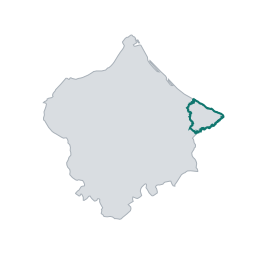 San Pedro, Bas-Sassandra, Ivory Coast shown in context, rotated 231°
{"feature_id": "98640826B43081365176028", "entity_name": "San Pedro", "entity_type": "district", "adm_level": 2, "iso_a3": "CIV", "parent_name": "Ivory Coast", "parent_adm1": "Bas-Sassandra", "projection": "mercator", "projection_center": [-6.916, 5.016], "detail": "fine", "context": "in_parent", "style": "outline", "palette": "teal", "viewbox_px": 256, "rotation_deg": 231, "n_neighbors": 0, "source": "geoboundaries", "source_scale": "gbopen_adm2", "svg_char_len": 7983}
<svg xmlns="http://www.w3.org/2000/svg" viewBox="0 0 256 256"><g transform="rotate(231 128 128)"><path d="M65.9,60.6L66.7,60.5L68.6,60.0L70.4,58.6L72.1,55.9L74.3,53.7L76.8,53.9L77.6,53.5L78.5,53.4L79.5,54.8L80.6,55.9L81.3,56.0L81.9,58.1L86.5,58.9L88.5,59.5L90.1,61.0L90.7,61.1L91.4,60.7L92.0,60.2L92.1,59.6L91.4,58.3L91.7,57.0L92.4,55.9L93.6,55.8L95.4,55.5L97.4,55.5L99.0,55.7L99.6,54.6L99.0,51.5L99.2,49.8L99.4,48.3L100.0,47.8L102.3,49.6L104.3,50.2L105.8,50.3L106.3,49.9L105.6,48.0L105.8,47.4L106.3,47.0L107.3,46.8L110.0,46.0L110.3,46.2L110.8,49.3L110.5,50.3L111.1,52.4L111.8,54.4L111.7,55.2L111.2,56.4L110.5,57.5L110.6,58.0L111.6,58.8L113.7,59.5L115.8,59.7L116.9,58.6L118.2,57.6L119.0,56.8L119.3,55.6L120.6,54.7L124.4,53.6L128.0,53.4L128.8,53.7L130.4,55.5L132.4,56.6L135.5,56.5L137.7,57.2L139.6,58.5L140.9,61.5L142.3,63.6L142.9,66.6L145.1,68.2L146.9,68.9L149.2,71.1L151.7,72.2L154.2,71.9L155.4,73.1L157.3,73.9L159.2,73.9L160.8,71.4L163.0,70.4L168.6,68.4L170.8,67.5L173.0,66.9L178.3,66.7L183.3,67.4L185.7,67.8L187.4,67.5L189.0,68.7L190.7,71.2L192.0,72.0L193.4,72.9L194.5,74.8L195.7,76.8L196.3,77.7L197.8,79.6L199.1,79.7L200.3,78.8L200.9,78.2L201.1,79.5L200.6,81.6L200.7,82.8L201.4,83.3L201.1,85.0L199.6,87.8L199.6,89.5L201.0,90.0L202.1,91.7L202.7,94.8L203.3,95.8L203.4,96.4L204.4,103.7L205.7,111.0L204.9,112.0L203.8,112.3L203.0,112.6L202.8,113.3L203.3,114.3L203.0,115.2L201.6,115.8L198.5,118.2L198.3,119.1L197.5,121.1L196.8,122.3L195.8,124.5L194.2,130.4L193.6,135.3L193.5,136.9L192.9,137.9L192.2,139.4L188.8,143.6L187.1,147.1L187.3,148.6L187.4,150.1L186.9,151.1L187.0,154.0L187.4,156.5L188.0,158.9L190.4,165.6L191.7,169.7L192.5,173.0L193.2,175.2L193.8,176.1L194.1,176.9L197.7,177.5L198.4,178.0L199.4,182.3L199.2,184.3L198.5,185.0L198.5,186.6L198.4,188.7L197.8,189.5L195.8,189.6L194.5,190.4L192.6,190.1L192.5,189.5L191.5,189.4L188.8,188.2L189.3,184.5L188.0,184.3L187.1,184.8L185.2,189.3L184.3,190.1L170.9,187.7L168.0,185.9L164.6,185.5L158.5,185.7L153.5,186.2L152.1,187.4L164.7,186.7L166.1,186.8L166.7,187.5L150.8,189.0L144.7,189.9L142.9,189.6L141.5,188.2L134.9,188.0L133.6,188.5L132.8,189.5L135.4,189.3L139.5,189.2L140.6,190.1L127.7,191.1L118.8,193.1L115.1,194.6L102.7,199.5L95.1,201.8L93.1,202.7L89.7,205.0L85.3,206.5L80.3,209.4L77.3,210.0L76.6,209.1L76.5,204.3L76.1,198.0L76.2,195.5L76.6,193.2L76.6,191.3L78.2,190.6L78.6,189.8L78.8,187.3L80.2,185.1L80.2,181.2L80.6,180.3L81.0,179.3L80.3,176.7L79.6,171.9L79.2,171.5L78.8,171.7L78.0,171.8L74.9,170.1L72.5,169.9L70.8,168.4L70.7,166.8L69.9,165.8L69.3,163.9L68.5,161.8L66.1,160.4L63.9,160.1L62.3,160.4L60.5,160.3L58.3,159.6L56.9,158.8L55.5,157.2L54.2,155.9L53.2,156.1L51.9,155.8L50.7,155.2L50.3,154.8L55.4,149.7L57.2,147.2L57.4,145.7L57.4,144.2L57.9,142.6L58.1,140.2L55.2,131.5L54.5,128.8L53.7,128.1L53.3,127.8L54.7,126.7L56.7,126.9L59.7,127.8L60.4,127.0L62.7,122.6L62.7,120.9L62.4,119.8L63.8,116.8L64.8,115.6L65.4,114.4L65.2,112.7L64.4,112.0L63.3,112.2L62.1,111.7L60.1,110.7L59.1,109.9L59.4,105.9L59.6,104.7L60.3,104.0L61.4,103.8L64.4,103.6L66.8,104.1L69.0,104.4L70.2,104.4L71.1,105.5L72.3,106.7L73.4,106.7L73.8,105.8L73.5,101.9L72.8,99.8L71.2,97.8L66.9,96.1L66.8,93.7L67.2,91.1L68.2,90.2L71.3,88.5L70.8,87.7L69.7,86.7L67.7,85.8L68.2,82.7L68.3,79.9L66.6,80.2L64.9,80.4L63.4,79.5L62.2,77.8L61.9,73.2L61.9,67.8L61.7,65.5L62.2,64.2L63.7,63.0L65.3,61.5L65.9,60.6ZM190.9,190.1L190.2,191.1L186.9,190.5L187.7,189.6L190.9,190.1Z" fill="#d9dde1" stroke="#a8b0b8" stroke-width="1"/><path d="M81.4,177.5L81.5,177.7L81.4,177.8L81.3,178.1L81.3,178.3L81.5,178.5L81.0,178.4L80.9,178.5L81.0,179.1L80.8,179.3L80.9,179.5L81.1,179.6L81.3,179.8L81.3,180.0L81.1,180.0L80.9,179.9L80.7,180.0L81.1,180.3L80.7,180.5L80.7,180.8L80.6,181.0L80.3,181.1L80.2,181.3L80.2,181.7L80.4,182.0L80.3,182.4L80.2,182.3L79.9,182.2L80.0,182.1L79.9,182.0L79.6,182.2L79.5,182.4L79.6,182.5L79.9,182.8L80.1,183.0L80.1,183.5L80.8,184.1L81.2,184.0L81.1,183.7L81.4,183.6L81.3,184.0L81.2,184.6L81.4,184.8L81.5,184.9L81.5,185.1L81.4,185.2L81.2,185.3L80.9,185.4L80.9,185.6L81.1,185.9L81.0,186.0L80.7,186.1L80.7,186.5L80.3,186.7L80.2,186.7L80.4,186.6L80.5,186.4L80.4,186.3L80.2,186.3L80.2,186.2L80.4,186.2L80.5,185.9L80.6,185.7L80.4,185.6L80.0,185.7L79.8,186.0L79.6,186.0L79.4,186.2L79.1,186.1L78.9,186.2L78.8,186.5L79.1,186.7L79.2,186.8L79.2,187.3L78.9,187.3L78.7,187.6L78.7,187.9L78.8,188.0L78.9,188.3L78.9,188.5L79.0,188.8L79.0,189.3L78.8,189.5L78.7,189.7L78.6,190.1L78.3,190.3L78.2,190.4L78.3,190.5L78.0,190.9L78.0,190.6L77.9,190.4L77.5,190.5L77.3,190.8L77.0,190.9L76.9,191.1L76.7,191.1L76.6,191.4L76.8,191.5L76.8,191.8L76.9,192.1L77.0,192.3L76.9,192.4L76.8,192.6L76.8,192.9L76.9,193.1L77.2,193.2L77.2,193.4L77.1,193.6L76.9,193.9L76.8,194.0L76.7,194.1L76.9,194.4L77.0,194.4L77.4,194.6L77.3,194.8L77.3,195.0L77.6,195.3L77.6,195.5L77.2,195.5L77.0,195.3L76.9,195.3L76.7,195.4L76.6,195.7L76.5,195.8L76.4,195.7L76.2,195.6L75.8,195.8L75.7,196.2L75.7,196.4L75.8,196.5L76.0,196.5L76.0,196.9L76.1,197.0L75.9,197.2L75.9,197.3L76.2,197.8L75.9,197.9L75.9,198.0L75.9,198.4L75.9,198.5L76.3,198.9L76.7,199.0L76.6,199.3L76.7,199.6L76.6,199.9L76.8,200.1L76.6,200.5L76.8,201.0L76.6,201.2L76.4,201.3L76.4,201.5L76.7,201.9L76.4,202.0L76.3,202.3L76.6,202.4L76.8,202.6L76.9,203.1L77.0,203.4L76.8,203.6L76.8,203.8L76.5,203.8L76.4,203.9L76.3,204.1L76.6,204.4L76.7,204.5L76.8,205.0L76.6,205.1L76.6,205.4L76.9,205.9L76.8,206.1L76.9,206.5L76.7,206.6L76.7,206.8L76.5,207.0L76.5,207.3L76.6,207.5L76.8,207.7L77.2,207.8L76.9,208.0L76.7,208.1L76.4,208.7L76.5,209.1L77.0,209.5L77.3,209.5L77.7,209.7L77.9,209.7L78.7,209.8L79.1,209.6L79.3,209.6L79.9,209.4L80.5,209.3L81.0,208.8L81.8,208.6L82.1,208.2L82.4,208.2L82.8,208.0L83.0,207.7L83.6,207.3L83.9,207.3L84.6,207.1L84.8,206.6L85.7,206.1L85.9,206.0L86.3,205.7L86.8,205.6L87.0,205.5L87.6,205.5L88.8,205.4L89.0,205.4L89.3,205.3L89.5,205.3L89.7,205.2L90.3,205.1L90.3,204.9L90.4,204.6L90.7,204.3L90.9,204.2L91.0,204.0L91.5,203.8L91.5,203.7L91.8,203.4L92.0,203.1L92.8,202.8L93.2,202.6L93.1,202.2L93.3,202.0L93.9,201.9L94.2,201.9L94.5,201.7L97.0,201.4L97.7,201.3L98.0,201.3L98.5,201.2L98.6,200.9L99.4,200.8L100.0,200.6L100.5,200.4L101.1,200.0L101.2,199.7L101.8,199.4L102.1,199.4L102.3,199.2L102.5,199.3L102.8,199.2L103.6,199.1L103.8,199.0L104.1,199.0L105.0,198.8L105.2,198.5L105.6,198.3L106.1,198.2L106.5,198.0L106.6,197.9L107.2,197.8L107.4,197.9L108.6,197.3L109.0,197.3L109.0,197.1L109.0,196.8L109.1,196.5L109.0,196.4L108.8,196.5L108.6,196.4L108.6,196.0L108.3,195.8L108.1,195.7L107.9,195.8L107.8,195.7L107.7,195.6L107.4,195.9L106.9,195.9L106.8,195.7L106.7,195.4L106.4,195.3L106.2,195.1L106.2,194.9L106.3,194.8L106.5,194.8L106.8,194.9L106.8,194.7L106.9,194.8L107.0,194.7L107.3,194.4L107.5,194.5L108.0,193.9L107.9,193.8L107.9,193.7L107.9,193.3L107.9,193.2L107.8,192.9L107.7,192.7L107.3,192.4L107.2,192.2L107.3,192.1L107.2,191.8L107.7,191.7L107.9,191.5L107.7,191.4L107.7,191.2L107.9,190.1L107.7,189.7L107.1,189.3L106.8,188.6L106.6,188.5L106.5,188.4L106.6,188.2L106.5,187.8L106.6,187.6L106.6,187.4L106.5,187.2L106.5,186.5L105.3,186.5L104.6,186.6L104.3,186.3L104.3,186.2L103.7,185.5L103.0,185.6L102.9,185.6L102.6,185.4L102.5,185.5L101.9,185.8L101.8,186.0L100.8,186.2L100.8,186.3L100.6,186.2L100.6,186.4L100.5,186.5L100.4,186.6L100.0,186.6L99.8,186.5L99.8,184.8L99.7,184.8L99.6,184.7L99.4,184.6L99.2,184.6L98.9,184.7L98.7,184.4L98.5,184.2L98.3,184.1L98.3,183.9L98.1,183.8L98.1,183.3L98.1,183.2L98.1,182.8L97.3,182.8L96.8,182.5L95.7,181.6L95.3,181.6L95.2,181.5L94.9,181.5L94.7,181.7L94.2,181.6L93.7,181.5L93.4,181.6L93.2,181.6L93.1,181.8L92.8,182.0L92.4,181.9L92.0,182.0L90.7,181.5L90.8,181.3L90.7,181.2L90.8,181.0L90.7,181.0L90.7,180.9L90.3,180.5L90.4,180.4L90.2,180.1L89.8,180.0L89.6,179.9L89.5,179.6L89.7,179.4L89.8,179.3L89.7,179.1L89.7,178.9L89.7,178.0L89.8,177.8L89.6,177.6L89.5,177.3L89.3,176.8L89.2,176.5L89.0,176.2L89.0,176.3L88.8,176.3L84.6,176.9L84.6,177.0L84.3,177.2L84.3,177.4L84.2,177.5L83.8,177.5L83.5,177.3L83.4,177.3L83.2,177.4L83.1,177.5L82.7,177.5L82.4,177.3L82.3,177.5L81.9,177.4L81.8,177.5L81.4,177.5Z" fill="none" stroke="#0f766e" stroke-width="2"/></g></svg>